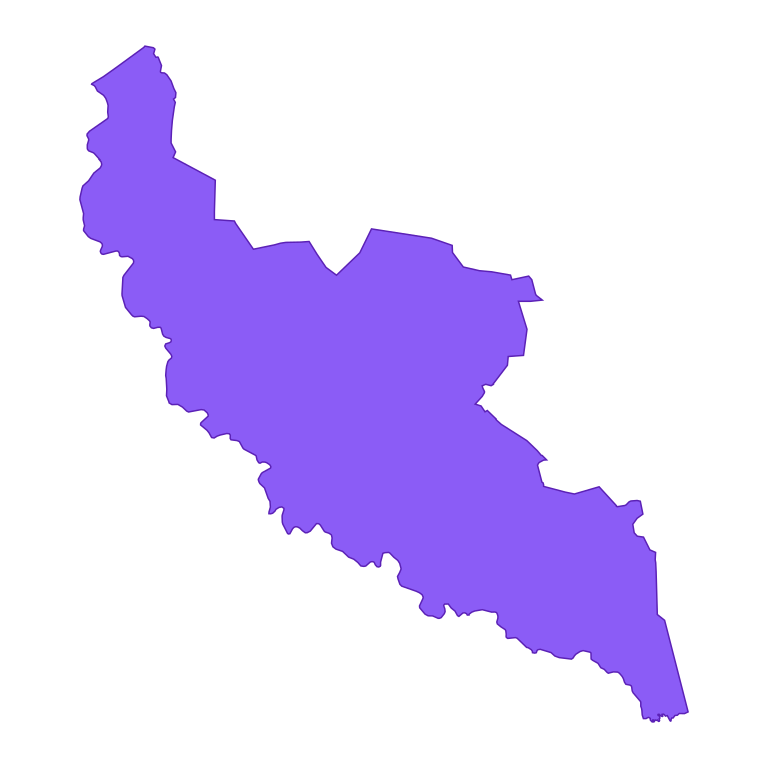 Upmalas pag., Varkavas, Latvia
{"feature_id": "27541924B37499495130133", "entity_name": "Upmalas pag.", "entity_type": "district", "adm_level": 2, "iso_a3": "LVA", "parent_name": "Latvia", "parent_adm1": "Varkavas", "projection": "mercator", "projection_center": [26.475, 56.247], "detail": "fine", "context": "isolated", "style": "filled", "palette": "violet", "viewbox_px": 768, "rotation_deg": 0, "n_neighbors": 0, "source": "geoboundaries", "source_scale": "gbopen_adm2", "svg_char_len": 6070}
<svg xmlns="http://www.w3.org/2000/svg" viewBox="0 0 768 768"><path d="M88.3,236.6L90.8,238.4L100.1,241.9L101.9,243.5L102.4,245.0L102.3,246.4L100.6,250.2L100.3,251.3L100.8,252.9L102.0,254.1L103.6,254.3L115.6,251.1L117.1,251.0L117.9,251.2L118.9,252.2L119.4,253.5L119.6,255.5L120.8,256.5L122.0,256.8L128.0,256.3L132.3,258.6L133.4,260.0L133.7,261.5L133.4,263.1L124.0,275.2L122.9,277.4L122.0,293.8L122.1,295.7L125.5,307.4L131.6,314.9L133.0,316.2L134.6,316.8L141.1,316.2L144.0,316.5L147.1,318.6L149.5,320.8L150.0,321.6L150.1,322.5L149.8,325.1L150.0,326.1L151.4,327.8L153.6,328.4L157.8,327.3L160.2,327.3L161.1,328.2L162.6,334.1L163.8,336.1L166.0,337.4L170.3,338.6L171.1,339.3L171.3,340.5L170.9,341.8L169.5,342.7L165.7,343.9L164.8,346.0L165.7,348.1L170.9,354.3L171.8,356.3L171.4,358.1L169.1,359.9L167.9,361.6L166.6,366.2L166.1,370.0L165.7,375.5L166.2,378.5L166.8,389.3L166.5,395.8L168.9,401.8L169.1,402.9L171.9,404.6L177.9,404.4L182.5,407.1L186.7,411.1L188.6,412.0L201.2,409.6L204.1,410.0L207.3,412.9L208.2,414.9L208.1,416.2L201.0,422.7L200.6,423.8L200.6,425.0L206.9,430.2L209.0,432.8L211.6,437.5L214.1,438.0L217.2,436.1L220.3,435.0L226.8,433.5L229.4,433.8L230.3,435.2L230.2,438.5L231.0,439.8L237.1,440.6L239.4,441.6L243.0,448.2L243.9,449.1L255.7,455.4L256.2,456.1L257.0,459.9L258.7,462.7L260.0,463.2L262.3,462.0L265.0,462.1L266.7,462.7L269.7,464.7L270.8,466.4L270.8,467.1L270.5,468.1L262.3,472.6L261.2,473.8L258.3,479.2L258.4,480.2L259.1,482.2L259.9,483.6L264.5,487.9L268.2,498.4L270.0,501.3L270.4,507.1L269.0,512.0L268.9,513.7L270.7,513.8L272.7,513.2L274.9,511.2L276.0,509.3L279.1,507.4L281.8,506.9L283.9,508.3L283.9,509.9L282.2,515.2L282.1,516.5L282.3,522.2L282.8,524.1L287.6,533.5L288.6,534.0L289.9,533.7L292.5,528.9L294.0,527.3L295.7,526.7L297.4,526.9L299.8,528.1L302.4,530.7L305.3,532.8L307.2,532.7L310.3,531.1L316.5,523.6L318.7,523.7L320.3,525.0L324.3,531.3L325.2,532.0L328.9,533.2L331.2,534.7L331.6,535.6L332.1,538.0L331.5,543.2L332.9,546.8L335.9,549.1L342.6,551.4L348.6,557.1L353.8,559.2L357.9,562.5L360.8,565.9L361.9,566.1L363.9,566.4L365.8,566.0L370.3,562.0L372.0,561.6L373.6,561.9L374.3,562.5L375.3,564.8L377.0,566.7L378.8,567.0L380.3,566.2L380.6,565.5L380.6,562.1L382.9,553.3L384.8,552.7L388.6,552.4L389.8,553.0L393.8,557.2L397.8,560.4L399.7,563.4L401.0,568.3L401.0,569.3L399.6,572.6L397.5,576.5L398.1,579.1L399.9,584.3L401.8,586.2L416.1,591.2L419.4,592.7L422.1,594.7L423.2,597.1L422.9,598.6L419.5,605.9L419.7,607.8L425.0,614.1L428.1,615.8L432.6,615.9L438.1,618.3L439.5,618.3L441.2,617.6L444.3,613.7L445.1,611.7L444.8,608.8L443.8,606.0L443.7,605.3L444.6,604.1L448.3,604.0L451.2,608.0L455.0,611.1L457.5,615.6L458.9,616.4L462.9,613.0L464.7,612.8L466.6,613.7L467.2,615.0L467.9,615.1L469.1,614.9L469.0,614.5L469.3,614.0L471.7,612.2L474.7,611.0L482.3,609.7L491.6,612.1L494.9,612.0L496.4,612.5L497.0,613.3L497.9,615.9L497.9,618.1L496.8,622.0L497.3,623.9L501.0,626.9L505.2,629.6L505.8,630.8L506.2,634.0L506.1,636.7L506.4,637.5L507.8,638.4L515.5,637.6L517.1,638.2L526.6,647.4L528.2,647.7L531.3,649.7L532.3,651.1L532.5,652.7L534.8,653.1L536.3,652.7L537.1,650.4L538.0,649.7L540.2,649.3L551.1,652.6L554.8,656.0L559.2,657.6L571.5,659.1L573.2,657.9L574.3,656.0L575.9,654.2L580.1,651.5L583.1,650.6L590.1,652.2L590.9,652.9L591.0,653.5L591.1,659.0L592.6,660.3L598.0,663.3L600.8,667.7L604.2,669.3L607.1,672.4L608.3,673.2L613.4,671.9L617.7,672.1L619.4,673.2L622.2,676.5L623.4,678.7L624.5,682.2L625.9,684.3L630.0,685.1L631.2,685.8L631.7,687.1L632.2,690.9L633.2,692.9L640.6,701.6L640.8,702.9L640.8,706.3L641.5,708.2L641.9,710.4L642.2,714.9L643.4,718.6L646.0,718.6L648.0,717.5L648.8,717.4L650.3,718.4L650.3,719.9L650.6,720.4L652.1,721.9L652.8,721.9L652.6,720.2L653.0,719.8L653.6,720.1L653.5,721.0L653.9,721.8L654.4,721.6L654.8,720.2L655.2,720.0L656.4,720.4L657.4,720.0L658.3,721.3L658.8,721.4L659.3,721.2L659.6,720.2L659.1,718.9L659.9,718.1L659.5,716.1L658.1,715.4L658.0,714.5L659.0,714.2L660.7,715.8L662.3,716.5L662.9,716.0L662.0,714.4L663.3,714.1L664.3,714.6L665.4,716.1L667.3,715.6L670.0,720.7L670.7,721.1L671.0,720.8L671.1,719.4L671.7,718.1L673.2,717.9L674.9,715.5L677.4,715.2L679.2,713.5L684.5,713.6L688.1,711.9L664.6,620.3L657.3,614.5L656.1,571.4L655.7,562.7L655.2,559.8L655.6,552.4L649.9,549.9L643.5,537.1L637.3,536.2L634.2,532.8L632.8,524.3L637.1,518.3L642.9,514.1L640.3,501.2L637.1,500.5L630.8,501.0L629.0,501.9L626.2,504.8L624.8,505.5L617.2,506.7L616.4,506.3L616.4,505.7L599.1,486.8L574.4,494.0L565.2,492.1L543.6,486.4L543.6,484.8L543.1,482.9L541.9,482.1L537.5,465.1L538.7,463.0L539.5,462.3L543.6,460.1L546.6,459.9L542.2,455.5L541.2,455.3L537.2,450.6L526.8,440.6L501.3,424.4L496.8,420.4L495.9,419.3L496.1,419.0L487.3,410.5L485.0,411.8L481.1,406.0L475.2,404.1L482.3,396.3L484.4,392.7L484.5,391.6L482.7,387.8L482.2,385.8L485.7,384.3L491.1,385.7L493.5,384.3L493.5,383.8L493.2,383.9L507.4,365.3L508.2,356.5L523.5,355.4L527.0,329.3L518.4,301.3L530.5,301.3L542.3,300.1L536.3,295.4L535.5,293.9L531.8,279.7L528.7,276.1L511.9,279.7L510.5,275.1L491.7,271.8L479.4,270.7L463.3,267.0L452.5,252.5L452.2,245.4L431.5,238.2L371.5,228.9L359.8,252.8L336.5,275.2L326.0,267.4L317.0,254.2L309.1,241.5L300.7,242.1L285.8,242.4L280.5,243.2L274.4,244.9L253.4,249.2L235.6,223.4L234.4,221.0L214.4,219.6L214.4,211.8L215.3,180.2L173.1,157.6L175.6,151.9L171.1,143.0L171.1,139.5L171.5,130.6L172.4,120.2L174.3,106.9L175.3,102.4L173.5,99.1L175.5,97.5L175.9,92.7L173.8,88.4L171.1,81.0L166.8,74.7L164.5,73.0L161.6,72.8L160.6,72.3L160.4,71.4L161.5,65.6L158.2,57.3L157.8,57.0L155.9,57.3L153.6,53.7L154.9,49.3L154.8,48.9L153.3,47.7L144.9,46.1L143.8,47.4L117.1,66.9L103.5,76.6L91.9,83.6L91.6,84.3L94.1,85.5L95.2,86.7L97.4,91.0L103.6,95.3L105.8,98.4L107.4,102.7L108.1,105.5L107.7,112.1L108.3,116.7L108.0,118.0L107.3,118.8L89.5,131.2L87.1,134.0L87.0,135.7L88.7,139.1L88.6,140.4L87.3,144.8L87.3,148.4L87.6,149.5L88.8,150.9L93.5,152.8L94.5,153.7L99.6,159.4L99.2,159.5L101.2,162.0L101.7,164.3L101.4,165.7L100.2,167.9L93.9,173.0L88.6,180.8L82.9,185.9L82.1,188.2L80.1,196.9L79.9,199.7L83.6,213.6L83.2,217.7L83.2,219.8L84.6,225.8L83.6,229.1L83.6,230.7L88.3,236.6Z" fill="#8b5cf6" stroke="#5b21b6" stroke-width="1.5"/></svg>